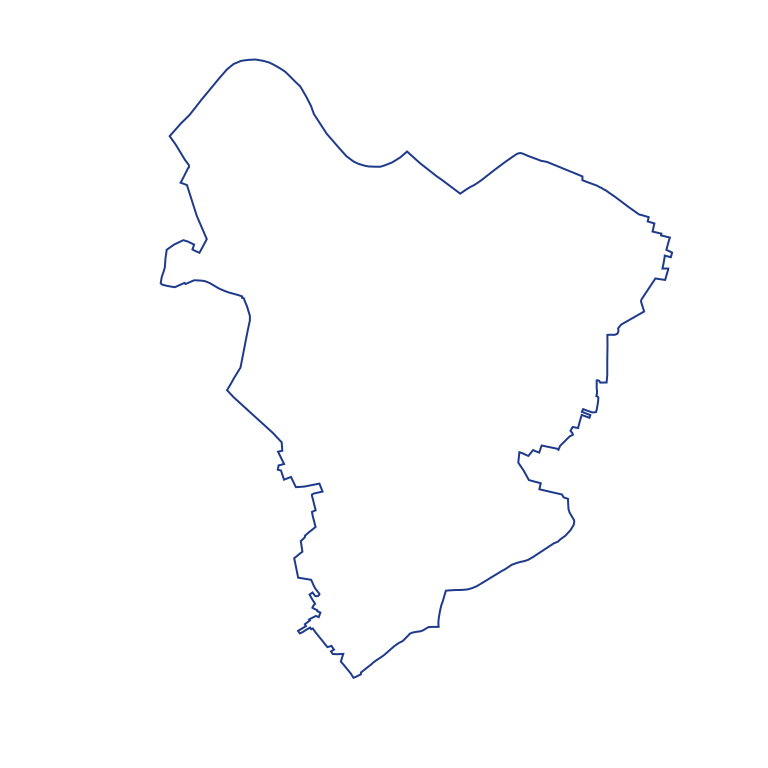 Van Giang, Hưng Yên, Vietnam (Natural Earth projection), rotated 101°
{"feature_id": "81297802B33082020704537", "entity_name": "Van Giang", "entity_type": "district", "adm_level": 2, "iso_a3": "VNM", "parent_name": "Vietnam", "parent_adm1": "Hưng Yên", "projection": "natural_earth1", "projection_center": [105.961, 20.93], "detail": "fine", "context": "isolated", "style": "outline", "palette": "blue", "viewbox_px": 768, "rotation_deg": 101, "n_neighbors": 0, "source": "geoboundaries", "source_scale": "gbopen_adm2", "svg_char_len": 4859}
<svg xmlns="http://www.w3.org/2000/svg" viewBox="0 0 768 768"><g transform="rotate(101 384 384)"><path d="M151.5,405.5L151.4,405.7L158.5,411.3L163.5,416.7L165.1,418.5L169.1,424.8L171.4,429.0L172.3,433.6L173.4,440.6L173.4,444.6L173.2,446.6L172.8,451.0L171.4,456.4L167.5,464.4L160.7,473.4L149.2,488.1L132.4,504.3L125.0,508.7L117.1,514.9L109.2,521.8L107.8,523.1L104.0,529.1L99.8,535.2L96.2,540.8L94.1,545.9L91.5,553.6L90.3,558.2L89.8,564.5L90.0,572.0L91.6,578.6L93.0,582.9L94.1,586.0L98.6,592.7L103.8,597.1L105.0,598.1L114.8,603.8L126.2,610.0L139.9,617.5L148.6,621.9L156.5,626.0L157.1,626.3L167.2,633.2L181.6,641.7L188.9,634.0L201.8,622.3L206.4,617.3L208.6,616.8L209.7,617.6L217.3,619.7L222.8,621.3L225.2,622.1L226.3,615.4L254.8,599.8L275.6,585.6L280.9,587.2L290.4,590.2L289.5,594.3L288.5,597.7L283.4,597.0L281.6,603.6L281.1,608.4L287.2,616.7L293.7,622.9L302.1,622.5L311.0,621.4L315.0,621.7L321.5,622.6L327.8,622.4L328.8,620.5L329.1,615.6L328.9,607.8L322.8,599.1L323.7,597.9L318.5,590.3L318.0,587.7L317.5,583.9L317.2,580.8L317.3,578.6L318.2,574.2L321.3,565.5L322.2,562.3L323.1,558.0L323.7,554.2L323.8,553.5L323.8,553.4L324.5,544.0L325.1,539.9L326.5,539.8L326.6,538.0L328.5,536.9L334.1,533.2L342.8,528.6L347.2,527.8L358.7,528.0L395.2,528.0L406.7,532.3L414.3,534.8L420.0,536.9L425.6,529.2L439.2,506.9L453.2,483.8L460.8,473.3L468.9,471.1L470.7,475.1L481.6,466.8L484.0,471.9L488.4,471.9L488.6,468.6L497.0,463.9L493.0,457.6L502.1,450.8L499.8,442.4L494.1,428.4L501.3,423.8L504.8,431.8L506.2,433.6L507.0,433.6L512.4,431.0L515.9,429.4L521.0,427.0L523.3,430.3L526.9,428.9L537.4,423.9L541.2,427.1L543.9,429.4L548.1,432.7L549.5,432.4L554.1,435.7L564.2,432.1L566.7,434.4L569.1,436.3L572.2,438.9L590.5,431.3L590.1,418.2L591.7,417.0L594.7,415.0L597.1,413.1L597.7,412.6L602.4,407.3L603.2,407.3L604.5,408.2L605.3,409.7L605.2,411.2L602.3,414.4L603.2,415.2L604.0,416.0L605.0,416.9L608.1,414.2L613.0,409.7L614.3,410.6L615.8,411.3L617.3,411.6L618.3,408.4L618.8,406.3L619.7,406.2L620.2,404.3L620.5,402.8L625.3,403.6L624.7,406.6L629.4,412.6L630.3,411.6L634.9,415.9L636.6,414.4L639.7,417.9L642.8,421.3L642.9,421.2L644.9,419.0L643.0,416.4L640.2,413.6L637.2,410.0L638.6,408.7L637.6,407.2L640.9,403.8L642.7,401.6L644.7,399.3L647.9,395.4L650.6,392.3L652.1,390.6L653.1,389.3L651.1,385.6L654.3,382.4L656.6,385.0L658.8,382.8L658.2,378.5L656.7,372.5L664.7,373.4L667.2,370.2L674.4,361.5L678.2,357.9L676.8,355.7L673.4,351.3L671.6,351.6L670.6,350.7L667.9,348.4L664.4,345.4L661.6,342.9L660.7,342.3L659.0,341.0L658.4,340.4L657.1,339.2L655.0,337.1L652.7,334.7L650.3,332.4L645.7,328.8L639.5,324.0L637.3,321.9L635.9,320.5L635.0,319.6L634.2,318.5L633.6,317.6L632.8,316.7L631.3,315.6L629.7,314.5L627.2,312.9L625.7,311.8L624.3,311.2L623.6,310.1L622.4,308.3L620.7,303.8L619.8,301.0L618.8,299.3L617.2,297.3L615.2,295.3L614.0,293.5L613.5,291.4L612.7,287.7L612.3,285.6L611.9,284.0L609.3,284.8L606.3,285.3L602.7,285.6L598.5,285.7L594.8,285.7L590.1,285.5L585.8,284.8L577.5,284.1L575.1,283.8L574.0,280.1L572.5,274.0L571.3,268.3L569.6,262.5L567.4,258.3L564.9,254.5L559.5,248.5L545.5,233.2L543.0,230.1L537.0,224.0L534.2,219.2L532.6,216.1L531.1,212.5L529.0,208.8L525.7,205.0L517.4,196.5L508.1,187.0L505.6,183.2L502.9,181.3L498.3,177.0L491.8,173.0L486.0,170.9L483.0,170.9L481.2,171.6L474.8,177.3L471.7,179.0L466.7,180.3L461.6,181.5L461.0,186.1L458.5,188.2L458.2,197.8L457.7,211.4L451.5,211.2L450.7,223.4L442.7,230.1L435.5,237.2L425.1,238.1L425.6,234.6L427.1,228.6L420.4,225.0L421.2,221.8L421.7,218.5L419.6,218.3L414.3,217.5L414.5,201.7L415.3,200.2L411.1,199.3L406.6,196.2L402.9,193.8L400.0,191.7L397.8,188.9L396.2,189.7L394.4,192.0L390.2,190.6L390.2,185.1L383.6,184.7L376.6,184.0L378.0,175.9L375.2,175.5L373.5,184.5L370.7,183.8L371.7,177.4L372.1,174.2L371.9,173.0L371.4,171.4L371.1,170.5L368.5,170.3L362.5,170.4L358.7,170.7L356.4,171.0L355.7,171.6L355.3,173.3L352.9,173.1L349.9,173.6L347.4,174.5L345.7,174.8L339.9,175.9L339.6,174.8L339.8,173.4L341.4,171.9L340.5,168.1L340.2,166.4L340.1,165.8L332.9,166.5L317.9,169.4L303.3,172.0L293.2,174.1L292.4,171.0L291.8,167.1L290.2,164.5L287.6,164.0L286.6,164.1L284.7,164.8L282.4,163.6L281.5,163.1L280.4,162.5L263.2,142.5L253.9,147.5L251.9,147.4L228.6,137.7L228.5,134.1L228.2,127.9L217.5,126.9L216.4,127.0L217.5,132.7L213.1,132.6L206.5,132.7L204.4,132.9L204.8,126.9L204.8,126.6L200.0,126.3L198.4,132.4L191.1,131.9L185.7,131.3L185.3,140.4L183.5,140.4L183.1,149.5L174.8,149.2L174.1,156.2L169.7,156.0L169.1,162.3L168.9,166.0L163.5,177.9L155.9,193.5L153.5,199.1L151.5,203.4L151.1,205.2L149.7,208.9L149.8,209.4L148.7,212.5L147.0,223.1L146.1,228.1L142.4,228.8L142.2,229.7L134.9,266.3L134.9,272.5L133.8,279.0L132.7,285.7L131.3,292.2L131.3,294.6L132.8,297.5L136.9,301.6L142.9,307.4L152.7,316.3L159.6,322.3L164.7,326.7L169.2,331.0L171.5,333.4L174.1,336.8L177.7,340.7L182.6,345.5L172.7,365.9L169.6,372.8L160.2,391.1L151.5,405.5Z" fill="none" stroke="#1e3a8a" stroke-width="2"/></g></svg>